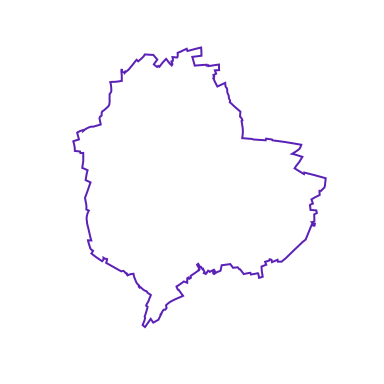 the district of Yen My, Hưng Yên, Vietnam, rotated 194°
{"feature_id": "81297802B77847273364040", "entity_name": "Yen My", "entity_type": "district", "adm_level": 2, "iso_a3": "VNM", "parent_name": "Vietnam", "parent_adm1": "Hưng Yên", "projection": "robinson", "projection_center": [106.034, 20.895], "detail": "fine", "context": "isolated", "style": "outline", "palette": "violet", "viewbox_px": 384, "rotation_deg": 194, "n_neighbors": 0, "source": "geoboundaries", "source_scale": "gbopen_adm2", "svg_char_len": 6026}
<svg xmlns="http://www.w3.org/2000/svg" viewBox="0 0 384 384"><g transform="rotate(194 192 192)"><path d="M317.8,221.8L314.4,215.7L319.4,212.6L319.1,211.7L318.5,210.9L317.8,209.5L316.4,206.3L315.8,204.4L315.6,203.5L310.4,204.2L309.7,202.8L307.0,203.6L306.3,201.0L305.7,198.5L305.0,195.7L304.8,193.9L304.6,191.2L304.3,188.8L303.6,188.7L301.9,188.5L299.3,188.0L298.6,187.9L298.6,187.1L298.6,184.2L298.1,177.8L292.8,176.8L293.6,167.7L294.4,160.3L291.8,154.8L290.9,152.4L290.3,149.5L288.8,149.2L287.6,149.0L287.8,148.2L287.9,147.4L288.2,146.1L288.2,145.1L288.2,143.3L288.1,142.2L287.9,140.9L287.5,139.7L287.1,138.6L286.6,137.4L286.3,136.4L285.6,135.0L284.7,133.3L283.5,131.1L281.7,127.5L279.4,123.0L278.0,120.6L281.2,120.0L281.0,119.4L280.1,117.8L277.9,114.1L276.7,112.3L275.7,111.7L273.8,111.0L274.3,109.3L274.7,108.0L273.4,107.4L271.6,106.6L269.5,105.7L266.8,104.7L264.5,103.8L262.4,103.1L261.5,105.0L262.0,106.8L260.7,106.3L258.1,106.3L258.0,105.3L258.1,103.8L258.2,102.5L257.5,102.3L245.9,99.1L241.4,97.9L239.6,98.9L238.0,98.2L236.7,97.1L236.0,97.4L235.2,96.9L235.0,96.0L234.4,95.5L234.2,95.7L232.5,96.9L231.2,97.7L229.6,98.2L229.0,98.5L228.1,96.6L227.7,95.8L226.9,94.6L224.4,91.2L223.4,90.1L222.3,89.3L220.6,88.4L220.8,87.3L219.7,86.5L218.9,87.2L216.3,85.8L214.4,85.0L212.5,84.7L211.7,84.6L210.9,83.5L208.9,82.8L207.9,82.5L207.0,82.1L207.1,81.0L207.5,78.8L207.7,76.8L207.9,75.3L208.0,74.6L208.4,73.7L208.6,72.9L208.9,72.0L209.0,70.6L208.2,70.3L207.4,70.0L207.3,69.1L207.4,65.0L207.5,63.2L207.6,61.1L207.8,59.5L207.3,59.0L207.1,58.6L207.0,57.9L207.0,56.9L207.0,55.9L207.2,54.8L207.7,50.9L204.9,49.6L201.4,58.9L198.0,55.9L193.6,60.0L193.3,61.9L192.5,65.3L192.9,65.5L192.7,66.3L192.3,66.4L191.9,68.6L191.4,70.1L191.1,70.8L190.5,71.1L189.9,71.3L189.5,71.3L189.3,71.5L188.6,73.4L189.0,74.0L189.8,75.8L188.7,77.5L187.8,78.7L186.6,80.1L186.0,80.7L182.8,83.5L179.3,86.2L176.9,88.0L175.5,89.1L175.7,89.3L176.9,90.1L178.1,91.2L181.3,93.9L182.1,93.8L183.6,95.6L184.2,96.6L182.6,98.1L179.4,101.8L178.3,103.2L174.7,102.8L175.4,105.4L175.7,107.3L174.7,108.2L173.7,107.1L172.3,108.5L173.1,110.0L172.7,110.6L172.0,111.4L170.8,112.7L169.4,114.3L168.5,115.3L167.7,116.3L166.3,117.7L166.8,118.4L166.1,119.0L167.4,120.5L168.7,121.7L169.5,122.8L168.6,123.8L167.2,122.4L165.9,120.8L165.1,121.5L163.1,119.6L162.7,120.1L160.6,117.5L160.9,116.2L158.8,115.8L158.6,116.5L158.4,117.3L158.0,117.4L157.8,118.2L157.3,119.6L156.7,119.5L156.0,119.2L155.4,118.8L153.3,120.7L151.9,121.9L151.5,121.5L151.1,121.2L150.7,120.8L152.0,119.4L152.0,118.8L151.7,118.2L151.1,117.8L150.7,117.8L148.7,120.0L148.4,120.3L147.3,121.1L146.0,121.9L145.3,122.5L145.5,128.1L137.4,131.3L136.1,130.2L135.0,129.4L133.9,128.4L129.4,130.0L127.4,128.5L126.8,128.7L124.9,127.3L123.7,126.3L122.0,124.9L117.4,127.1L115.8,127.7L114.8,126.2L111.0,127.9L108.6,129.1L108.3,129.1L107.7,128.3L106.1,124.9L102.9,126.9L105.4,132.8L106.5,136.5L102.4,139.4L104.2,142.0L100.5,144.1L100.4,145.5L98.5,145.5L97.4,143.3L92.6,146.9L91.8,145.2L88.2,146.1L84.9,150.6L78.7,160.6L72.7,170.1L70.2,173.4L67.9,189.3L67.1,189.0L66.1,188.7L65.0,189.0L65.1,190.8L66.0,190.7L67.0,190.9L68.5,191.7L66.1,193.0L68.0,199.8L65.8,201.8L66.9,204.2L68.2,204.0L72.7,203.3L73.7,206.2L74.3,207.4L74.3,208.2L71.9,210.0L74.3,213.7L71.6,216.4L68.9,218.7L67.4,220.0L68.6,224.0L68.0,224.2L66.9,224.4L66.3,225.7L64.6,228.4L64.6,230.6L65.6,237.7L77.0,238.0L86.8,238.0L87.8,238.0L87.7,236.5L88.5,236.7L98.2,239.8L97.4,242.1L95.1,247.3L93.4,252.8L101.4,253.3L104.1,253.2L100.1,257.4L98.2,259.8L97.7,261.6L97.4,264.3L102.7,263.9L114.0,263.0L126.4,261.6L127.1,262.3L133.0,261.7L133.0,260.0L145.2,257.8L146.5,258.0L148.0,257.8L150.1,257.4L152.7,257.0L154.6,256.7L156.3,256.4L156.6,259.0L157.0,261.8L158.0,265.6L161.1,272.9L160.4,273.7L160.8,274.4L161.6,275.3L162.0,275.7L162.9,276.4L163.6,276.7L164.5,281.7L168.1,283.5L172.4,285.7L175.6,287.6L177.0,288.1L177.0,288.6L177.0,289.3L177.2,289.9L177.6,290.4L178.3,291.2L178.8,291.9L179.1,292.5L179.3,293.1L179.4,293.8L179.7,294.4L180.1,294.9L180.6,295.5L181.3,296.3L181.8,297.4L182.3,298.5L182.5,299.3L182.7,300.1L183.0,300.7L183.5,301.3L184.2,301.7L185.0,302.6L185.4,303.6L186.2,305.9L192.9,300.5L196.2,304.2L198.4,307.0L198.8,307.4L198.2,307.9L198.9,309.2L198.5,309.7L199.5,310.7L197.2,312.6L199.2,315.6L195.2,316.8L196.7,322.2L200.9,320.5L206.5,318.1L206.8,318.9L208.3,318.2L208.6,319.0L211.9,318.0L219.9,315.3L224.4,323.2L221.7,324.2L215.8,326.5L216.9,330.7L218.1,334.4L221.8,332.5L230.5,327.7L231.8,329.7L235.8,326.5L236.9,325.5L239.6,323.6L238.9,321.2L238.7,319.9L239.0,318.9L241.0,318.6L243.6,318.2L242.7,316.3L242.3,314.7L243.1,314.1L243.6,313.7L242.3,312.0L241.9,311.1L242.3,309.9L245.3,311.7L249.3,314.9L250.8,312.3L252.1,309.8L253.4,306.8L253.9,305.6L255.2,306.2L256.0,304.9L258.4,305.8L259.9,306.6L259.4,308.0L258.3,310.5L257.7,312.1L262.8,315.7L263.3,315.5L269.2,314.4L271.2,314.0L271.3,313.2L271.5,312.5L272.0,311.5L273.1,309.6L274.7,307.3L275.8,305.8L276.7,306.3L277.7,306.9L278.1,306.2L278.8,304.7L279.7,302.6L282.9,295.8L283.2,295.2L285.5,292.3L286.1,291.3L286.4,292.2L286.8,291.6L287.8,291.6L289.0,291.6L289.2,292.4L289.5,293.6L290.0,293.5L289.9,292.8L289.6,291.7L289.2,290.6L288.2,287.6L287.8,286.0L287.3,283.9L287.0,282.8L289.4,281.8L290.4,281.4L292.4,280.6L293.1,280.4L293.8,280.1L294.6,279.9L295.4,279.7L296.3,279.5L297.2,279.1L297.9,278.8L297.6,278.4L297.0,277.3L296.4,275.9L295.9,274.5L295.5,273.2L295.0,271.7L294.8,270.8L294.7,270.1L294.7,269.6L294.9,268.9L295.3,267.9L295.6,267.2L295.6,266.7L295.4,266.3L295.2,265.4L294.9,264.2L294.5,262.2L293.8,260.0L293.6,258.4L293.4,256.9L293.6,256.0L294.0,254.6L294.6,253.8L295.9,251.8L297.2,250.0L298.2,248.9L298.7,248.2L298.8,247.5L298.7,246.6L298.5,245.5L298.2,244.7L298.3,244.1L298.6,243.7L299.4,243.0L299.6,242.2L299.6,241.1L298.8,239.5L296.9,235.4L303.8,231.4L304.4,231.3L305.1,231.2L306.0,230.8L307.0,230.2L307.8,229.7L308.6,229.0L309.4,228.3L310.1,227.7L311.2,226.5L311.6,225.9L312.1,225.2L312.1,225.3L312.4,225.9L313.1,225.5L314.3,224.7L315.6,223.9L317.8,221.8Z" fill="none" stroke="#5b21b6" stroke-width="2"/></g></svg>